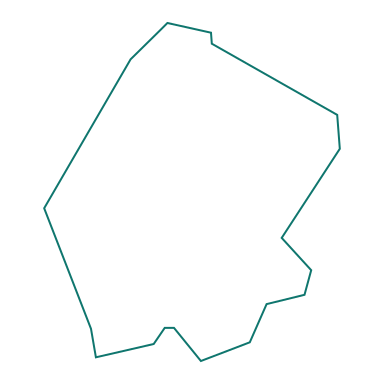 the district of Cueibet, Lakes, South Sudan
{"feature_id": "79223893B36009183812967", "entity_name": "Cueibet", "entity_type": "district", "adm_level": 2, "iso_a3": "SSD", "parent_name": "South Sudan", "parent_adm1": "Lakes", "projection": "albers", "projection_center": [29.25, 7.096], "detail": "fine", "context": "isolated", "style": "outline", "palette": "teal", "viewbox_px": 384, "rotation_deg": 0, "n_neighbors": 0, "source": "geoboundaries", "source_scale": "gbopen_adm2", "svg_char_len": 370}
<svg xmlns="http://www.w3.org/2000/svg" viewBox="0 0 384 384"><path d="M249.8,342.3L266.6,304.1L304.5,294.8L311.2,270.2L281.7,237.9L339.8,148.8L337.2,114.9L211.8,43.7L211.0,32.7L167.4,23.0L160.8,29.6L130.6,59.3L44.2,208.2L44.2,208.3L91.0,328.8L95.9,357.3L153.7,344.0L164.7,327.9L174.0,327.9L200.9,361.0L249.8,342.3Z" fill="none" stroke="#0f766e" stroke-width="2"/></svg>